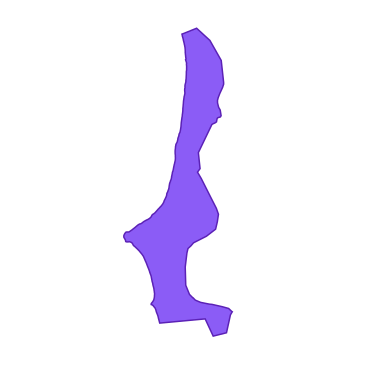 the district of Choc, Castries, Saint Lucia, rotated 325°
{"feature_id": "8701671B12567928056648", "entity_name": "Choc", "entity_type": "district", "adm_level": 2, "iso_a3": "LCA", "parent_name": "Saint Lucia", "parent_adm1": "Castries", "projection": "natural_earth1", "projection_center": [-60.976, 14.031], "detail": "fine", "context": "isolated", "style": "filled", "palette": "violet", "viewbox_px": 384, "rotation_deg": 325, "n_neighbors": 0, "source": "geoboundaries", "source_scale": "gbopen_adm2", "svg_char_len": 6037}
<svg xmlns="http://www.w3.org/2000/svg" viewBox="0 0 384 384"><g transform="rotate(325 192 192)"><path d="M274.3,56.9L274.2,57.2L274.0,57.7L273.9,58.0L273.6,58.6L273.5,59.0L273.3,59.2L273.2,59.7L272.9,60.6L272.8,60.8L272.5,61.7L272.3,62.0L272.2,62.4L271.8,63.1L271.5,64.1L271.4,64.4L271.2,64.8L271.0,65.4L270.9,65.7L270.7,66.0L270.6,66.3L270.3,66.9L270.0,67.8L269.8,68.1L269.6,68.6L269.4,69.0L269.1,69.8L268.9,70.0L268.7,70.4L268.3,71.1L268.0,71.6L267.3,72.7L266.9,73.3L266.6,73.6L266.3,74.3L265.8,75.0L265.5,75.6L265.3,76.0L265.1,76.4L264.8,76.8L264.3,77.8L264.0,78.3L263.9,78.6L263.4,79.6L262.6,79.9L261.7,82.8L261.5,83.2L261.4,83.5L260.9,83.9L260.6,84.4L260.4,84.7L260.3,85.0L259.9,85.5L259.6,86.1L259.3,86.5L259.1,86.8L258.8,87.2L258.5,87.6L257.8,88.6L257.6,88.9L257.4,89.2L257.1,89.4L256.1,90.5L255.8,91.1L255.5,91.4L255.3,91.7L255.1,92.0L254.7,92.5L254.3,93.1L253.9,93.5L253.7,93.8L253.4,94.2L252.8,95.0L252.6,95.2L252.4,95.5L252.2,95.8L251.8,96.2L251.1,96.9L250.7,97.5L250.5,97.8L249.8,98.5L249.5,98.8L248.8,99.4L248.5,99.6L247.9,100.2L247.6,100.4L247.5,100.6L247.2,100.9L247.0,101.2L246.8,101.4L246.6,101.8L246.2,102.4L245.8,102.8L245.5,103.0L244.5,104.2L243.9,105.2L243.1,106.6L242.8,107.0L242.5,107.4L242.0,107.8L241.1,108.7L240.8,108.9L240.6,109.1L240.3,109.3L239.5,110.2L239.3,110.4L238.3,111.5L238.0,111.8L237.7,112.1L237.4,112.4L235.6,114.6L235.4,114.9L235.0,115.3L234.6,115.8L234.2,116.3L233.8,116.8L233.5,117.1L232.3,118.5L232.1,118.8L231.8,119.2L230.9,120.4L230.1,121.3L229.4,122.1L229.0,122.5L228.8,122.7L228.5,123.0L228.2,123.4L228.0,123.6L227.8,123.9L227.3,124.5L226.8,124.9L223.0,129.0L220.4,132.2L218.1,134.6L216.4,136.2L214.7,137.1L213.2,138.6L212.3,139.2L212.0,139.4L211.3,139.9L210.8,140.5L210.4,140.9L210.1,141.2L209.8,141.4L209.6,141.6L209.3,141.9L209.1,142.1L208.1,142.8L207.7,143.0L207.2,143.2L206.5,143.6L206.2,143.7L205.5,144.5L204.6,145.3L204.3,145.6L203.9,146.2L203.2,147.0L202.9,147.3L202.2,148.1L201.8,148.6L201.6,148.9L201.3,149.3L201.0,149.7L200.8,150.1L200.4,150.6L200.0,151.3L199.7,151.8L199.6,152.1L199.4,152.4L198.4,153.8L198.2,154.2L198.0,154.5L197.7,154.9L196.5,156.4L195.5,157.3L195.3,157.5L195.0,157.8L194.6,158.1L194.2,158.5L193.7,159.0L193.0,159.5L192.4,160.1L191.2,161.2L190.7,161.7L190.3,162.1L189.9,162.5L189.5,162.9L188.8,163.5L188.4,163.9L188.1,164.1L187.4,164.5L186.1,165.9L185.6,166.3L185.4,166.5L184.8,167.1L184.1,167.7L183.9,167.9L183.7,168.3L183.4,168.5L182.7,169.2L182.2,169.6L181.9,169.9L181.6,170.0L181.1,170.3L180.8,170.5L180.5,170.8L180.2,171.1L179.6,171.4L179.3,171.6L178.7,172.1L178.4,172.3L178.0,172.7L177.3,173.5L176.7,174.0L176.5,174.3L175.7,175.2L175.3,175.6L174.8,176.0L174.6,176.2L173.7,176.8L173.1,177.2L172.6,177.6L172.2,177.9L171.2,178.4L170.9,178.6L170.6,178.8L170.2,179.1L170.0,179.4L169.7,179.7L169.5,180.0L169.0,180.4L168.6,180.7L168.3,180.9L168.0,181.1L167.5,181.4L167.0,181.7L166.6,181.9L166.3,182.1L165.8,182.4L164.8,182.9L164.4,183.1L163.7,183.6L163.5,183.8L162.7,184.3L161.6,184.8L161.3,185.0L160.3,185.3L159.7,185.5L159.0,185.7L158.7,185.8L157.8,186.0L157.5,186.0L155.9,186.4L155.3,186.5L154.8,186.6L154.6,186.6L152.3,187.2L151.0,187.5L149.8,187.8L148.5,187.9L147.7,187.9L147.2,187.8L146.3,187.9L145.7,188.1L145.4,188.3L144.9,188.6L144.6,188.8L144.3,188.9L143.4,189.1L142.5,189.2L142.2,189.3L140.9,189.2L140.3,189.2L139.8,189.1L139.3,189.0L138.7,188.9L137.7,188.8L137.5,188.7L136.8,188.7L135.8,188.6L134.8,188.6L134.4,188.6L133.9,188.7L133.3,188.7L132.9,188.7L132.2,188.7L131.1,188.4L130.6,188.1L130.0,188.1L128.7,188.0L128.1,188.1L127.6,188.1L126.8,188.2L125.5,188.3L125.1,188.4L124.5,188.4L123.9,188.4L123.4,188.5L122.8,188.5L122.3,188.5L121.4,188.6L121.1,188.6L119.1,188.6L117.9,188.6L117.7,188.6L117.0,188.3L116.4,187.9L115.8,187.4L115.0,187.1L114.6,187.0L114.4,187.1L113.7,187.3L113.1,187.5L112.5,187.8L111.8,188.2L111.6,188.3L110.9,188.9L110.2,190.1L110.1,191.2L110.0,192.3L109.9,193.2L109.6,193.9L109.3,194.5L109.5,195.0L109.9,195.4L110.1,195.6L110.9,196.1L111.4,196.4L111.7,196.6L112.2,196.8L112.8,197.6L113.2,198.2L113.6,199.0L113.6,200.5L113.6,200.9L113.5,201.3L113.4,201.8L113.4,202.3L113.5,202.8L113.7,203.3L113.8,203.8L113.9,204.1L114.0,204.6L114.1,205.0L114.2,205.6L114.3,206.1L114.4,206.6L114.7,208.0L114.7,208.3L114.8,209.0L115.0,210.0L115.0,210.7L115.1,211.8L115.2,213.0L115.3,214.0L115.3,216.0L115.3,216.5L115.2,217.4L115.0,218.2L114.9,218.8L114.8,219.3L114.7,219.7L114.6,220.4L114.4,221.1L114.3,221.5L114.2,222.1L114.1,222.8L113.8,224.2L113.4,225.8L113.2,226.5L113.0,227.3L112.8,228.1L112.6,229.1L112.3,230.3L112.2,230.8L112.0,231.5L111.9,231.8L111.7,232.6L111.4,233.3L111.1,234.4L110.8,235.5L110.5,236.8L110.2,237.6L109.8,238.5L109.5,239.1L109.1,240.1L108.8,240.7L108.6,241.2L108.1,242.2L107.9,242.8L107.5,244.0L107.3,244.5L106.8,245.5L106.6,246.0L106.3,246.7L106.1,247.4L105.9,247.9L105.7,248.4L105.3,249.4L104.6,250.7L104.2,251.6L103.7,252.4L103.4,253.1L103.1,253.7L102.1,255.0L101.8,255.3L101.5,255.8L101.3,256.0L100.6,256.8L100.0,257.4L99.4,257.9L98.8,258.5L98.4,258.6L97.7,259.0L97.2,259.2L96.7,259.4L96.0,259.6L95.4,259.8L94.9,259.9L94.3,260.3L94.0,260.8L94.3,261.2L94.6,261.6L94.8,262.0L95.0,263.0L95.1,265.0L95.2,265.9L94.9,267.3L94.6,268.3L94.3,269.0L94.0,269.9L93.8,270.7L93.7,271.1L93.5,272.1L93.4,272.4L93.2,273.2L93.1,273.7L92.9,274.2L92.6,275.0L92.2,275.9L91.9,276.7L91.5,277.8L91.1,278.9L90.6,280.2L90.4,280.9L130.0,303.5L126.7,322.2L139.5,327.1L153.0,314.7L156.3,313.2L156.1,312.8L155.2,308.4L151.0,303.3L143.9,295.5L141.9,293.8L135.8,287.4L132.7,282.5L132.2,279.3L132.0,279.2L131.2,274.4L133.4,264.8L143.4,249.6L152.9,239.0L156.3,236.0L160.2,235.5L164.1,234.5L178.4,236.5L190.0,236.0L195.7,230.9L200.9,225.4L202.6,219.3L204.3,207.1L207.3,186.4L207.9,178.9L212.0,177.5L219.8,163.4L246.5,148.4L246.9,148.1L248.4,148.2L250.4,148.6L252.3,148.6L254.3,146.6L255.0,146.1L255.9,146.0L258.3,146.8L259.6,146.2L262.1,141.1L262.4,137.9L264.0,133.7L265.4,131.6L267.5,129.8L271.2,127.3L277.0,123.9L279.8,121.8L280.8,120.3L291.4,101.0L293.6,78.1L289.7,60.5L274.3,56.9Z" fill="#8b5cf6" stroke="#5b21b6" stroke-width="1.5"/></g></svg>